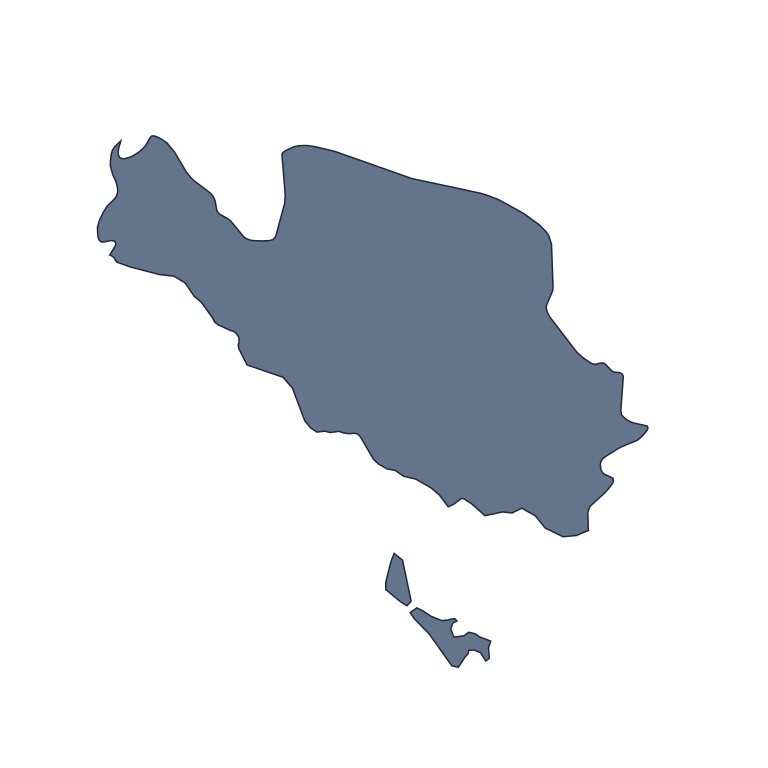 an SVG outline of Sfax, rotated 78°
{"feature_id": "TUN-114", "entity_name": "Sfax", "entity_type": "Governorate", "adm_level": 1, "iso_a3": "TUN", "parent_name": "Tunisia", "parent_adm1": "", "projection": "albers", "projection_center": [10.434, 34.714], "detail": "fine", "context": "isolated", "style": "filled", "palette": "slate", "viewbox_px": 768, "rotation_deg": 78, "n_neighbors": 0, "source": "natural_earth", "source_scale": "10m", "svg_char_len": 3306}
<svg xmlns="http://www.w3.org/2000/svg" viewBox="0 0 768 768"><g transform="rotate(78 384 384)"><path d="M569.7,214.5L572.2,227.2L570.6,240.7L558.4,256.3L544.4,263.4L534.1,275.1L536.8,285.5L533.8,294.8L533.8,312.6L518.9,323.6L515.7,327.1L513.4,329.1L511.9,331.7L516.0,340.6L517.5,346.7L504.1,352.9L495.5,359.5L483.7,372.6L478.1,384.3L470.9,390.9L467.6,398.8L461.2,406.0L455.3,410.0L430.7,418.1L427.4,420.2L426.0,423.3L425.5,427.9L423.7,433.4L420.9,438.0L420.3,446.8L417.8,451.8L417.1,459.7L411.5,465.1L403.3,469.2L369.0,474.4L356.4,481.4L336.9,514.0L319.1,518.7L315.4,518.4L312.0,516.8L307.9,516.4L303.5,518.1L301.2,520.3L299.8,523.1L291.9,533.6L288.4,536.7L283.6,538.0L266.1,545.7L258.7,551.5L244.0,557.4L234.9,567.0L230.3,580.8L217.0,607.5L209.1,620.2L203.9,622.0L200.7,625.2L200.7,625.3L192.8,618.0L191.6,617.3L190.6,617.1L189.2,617.3L187.6,619.0L187.0,620.8L186.8,622.9L186.9,628.1L186.7,629.7L186.0,631.2L184.6,632.4L182.6,633.0L179.7,633.1L171.3,631.8L164.8,628.3L158.0,623.2L152.3,617.7L147.8,610.5L144.9,606.8L142.2,605.2L138.9,604.1L132.7,603.9L129.5,604.3L123.0,605.8L114.8,606.3L113.2,606.2L108.7,605.2L102.5,603.0L99.0,601.1L95.8,598.0L91.5,590.9L98.7,594.7L101.7,595.8L103.2,596.1L104.7,596.1L106.2,595.8L107.8,595.2L109.0,593.4L109.7,590.9L109.4,586.1L108.9,583.3L108.2,580.8L105.7,574.6L103.7,571.1L101.3,567.7L95.2,562.3L93.9,560.9L93.1,559.3L93.6,557.2L95.0,554.7L98.5,550.5L103.1,546.2L113.4,540.7L135.5,533.3L142.8,529.5L146.2,527.1L160.1,515.0L162.5,513.4L165.4,512.0L167.1,511.5L170.5,511.1L178.8,511.4L180.5,511.1L182.4,510.4L184.0,509.1L189.5,502.7L192.9,499.9L210.5,490.8L212.0,489.6L213.4,488.1L214.5,486.6L215.6,484.5L216.7,481.6L218.6,474.0L219.9,466.0L219.8,464.2L219.5,462.3L217.7,460.0L216.1,458.7L186.4,443.5L178.5,441.3L138.8,436.2L137.5,435.7L136.5,434.6L135.9,433.2L135.2,431.6L133.2,422.6L133.2,418.1L134.2,411.8L135.3,408.0L137.8,401.4L146.2,383.8L188.7,314.3L217.4,250.1L220.4,244.5L227.3,233.8L246.4,211.7L260.9,198.8L268.7,193.8L273.2,192.0L282.3,191.1L324.3,198.5L327.3,199.4L329.1,200.4L339.3,207.7L342.3,209.3L344.5,209.5L347.3,209.4L352.4,208.1L392.9,188.8L400.0,183.6L406.2,177.6L407.5,176.0L408.2,174.5L408.6,173.5L408.8,172.5L408.5,169.5L408.5,167.8L408.8,166.1L409.5,164.6L410.6,163.3L417.4,159.2L419.0,157.9L420.0,156.4L420.8,154.8L421.6,151.8L422.4,150.4L423.4,149.2L424.8,148.6L426.4,148.3L458.9,157.8L463.5,158.1L467.1,155.9L468.8,154.5L470.4,152.9L471.9,151.2L474.2,147.6L479.8,135.3L481.5,134.9L483.8,136.0L488.2,141.5L490.4,145.3L491.8,148.1L494.6,163.9L496.0,168.9L501.0,182.4L502.9,186.1L505.0,187.9L507.8,189.2L512.9,189.6L515.8,188.8L517.9,187.5L522.5,181.1L523.8,179.6L525.8,179.5L528.4,180.7L532.5,185.4L536.5,190.8L546.7,208.2L551.9,211.3L569.2,214.5L569.7,214.5ZM662.1,356.4L665.4,357.8L667.6,361.1L676.5,370.2L673.7,376.3L638.1,391.7L619.7,403.2L612.9,406.0L609.8,398.3L614.8,392.3L620.9,386.4L627.4,376.7L628.2,370.5L627.9,367.7L628.2,363.6L631.0,361.9L631.9,366.1L637.4,369.7L646.2,368.1L646.9,358.1L644.4,352.9L647.2,346.8L651.5,342.8L654.4,338.0L657.7,333.1L663.8,336.6L674.3,338.1L676.1,342.1L666.5,345.6L665.2,348.2L663.0,351.1L662.1,356.4ZM551.8,409.3L555.4,406.4L560.2,402.5L602.1,402.6L605.7,407.7L600.2,413.3L585.5,425.0L578.5,423.6L571.1,420.0L558.9,414.0L551.8,409.3Z" fill="#64748b" stroke="#1e293b" stroke-width="1.5"/></g></svg>